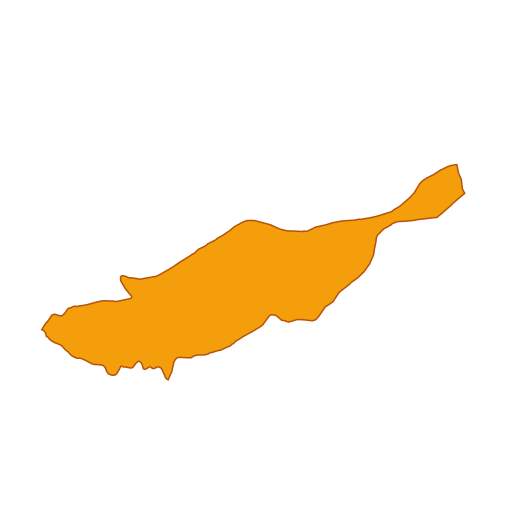 Nuevo Progreso, San Marcos, Guatemala (Robinson projection), rotated 27°
{"feature_id": "79465075B31379081578596", "entity_name": "Nuevo Progreso", "entity_type": "district", "adm_level": 2, "iso_a3": "GTM", "parent_name": "Guatemala", "parent_adm1": "San Marcos", "projection": "robinson", "projection_center": [-91.918, 14.815], "detail": "fine", "context": "isolated", "style": "filled", "palette": "amber", "viewbox_px": 512, "rotation_deg": 27, "n_neighbors": 0, "source": "geoboundaries", "source_scale": "gbopen_adm2", "svg_char_len": 3711}
<svg xmlns="http://www.w3.org/2000/svg" viewBox="0 0 512 512"><g transform="rotate(27 256 256)"><path d="M233.9,406.3L233.4,396.8L232.6,394.2L231.0,387.6L231.1,385.0L231.7,383.1L232.5,381.9L233.8,381.1L237.0,379.6L242.8,377.0L244.3,376.2L246.4,372.8L248.7,370.9L255.9,366.9L258.2,364.6L259.1,362.7L260.4,362.2L264.2,358.3L267.1,356.1L270.6,351.7L274.0,347.6L274.6,345.4L275.5,344.6L276.7,341.0L279.2,337.0L281.1,333.6L286.3,326.0L287.2,324.7L291.6,317.6L293.2,314.6L294.0,309.6L295.1,303.0L296.3,301.4L300.3,299.9L304.3,300.6L307.8,301.6L310.2,300.9L315.0,300.1L321.6,293.9L326.7,291.5L330.8,289.9L335.7,288.1L338.1,285.7L339.4,281.1L340.8,269.8L343.3,265.7L345.4,261.6L346.5,251.1L347.6,248.4L352.3,238.4L352.6,236.6L354.3,233.7L356.5,229.3L359.4,221.0L360.8,211.5L360.3,202.3L359.8,200.2L358.4,196.2L356.7,190.0L355.9,187.4L355.1,185.6L354.8,183.3L355.0,181.2L355.5,180.3L356.7,176.1L358.0,172.9L359.7,170.9L362.3,166.7L362.7,165.3L366.4,161.2L374.6,156.4L380.2,152.8L383.0,150.6L384.9,149.2L387.6,147.5L396.8,141.3L399.2,139.9L400.1,138.8L400.5,137.5L402.4,133.3L403.0,131.6L406.6,122.8L407.5,119.9L409.4,115.1L413.5,105.4L409.3,102.4L404.1,94.5L398.6,90.0L393.5,83.4L389.3,86.3L386.0,89.5L382.1,94.9L381.3,95.7L376.9,103.5L375.9,104.6L372.9,108.8L370.5,112.9L369.1,116.8L368.3,127.9L367.0,132.5L366.8,133.3L361.8,145.9L360.9,147.5L358.3,151.4L356.6,155.0L344.9,166.4L339.7,170.6L332.0,176.3L330.9,176.4L330.0,177.4L326.3,180.1L321.7,182.7L317.0,185.6L314.0,187.8L309.4,191.4L304.1,196.5L296.0,203.2L292.2,208.3L290.9,209.9L289.3,211.6L287.6,211.8L286.1,213.2L276.7,217.3L275.8,217.9L274.8,218.4L272.9,219.1L272.0,219.6L265.0,221.2L254.7,221.6L251.0,222.4L238.4,225.1L232.2,228.3L229.5,230.9L223.3,239.9L221.3,244.8L218.0,250.9L216.3,253.8L213.6,257.7L212.7,260.0L207.6,266.9L206.6,269.7L202.1,275.5L200.7,278.8L199.6,282.2L198.6,283.0L197.1,285.9L193.6,291.7L191.3,295.3L187.4,302.7L184.1,308.1L183.3,309.2L178.8,316.1L176.3,319.4L172.0,322.6L162.8,329.6L159.9,330.3L155.5,331.8L152.3,333.2L149.2,333.2L145.5,334.3L144.8,336.1L146.4,339.2L148.1,340.5L154.7,344.6L161.0,347.4L163.0,348.0L164.1,349.3L163.7,350.6L161.0,352.9L152.2,360.0L149.3,361.0L141.7,364.5L138.6,366.3L133.2,370.9L127.6,376.1L124.1,378.7L123.2,379.3L119.7,381.9L118.8,382.6L117.2,383.0L115.2,385.0L114.4,386.4L112.5,387.8L111.6,393.7L110.2,397.5L107.2,398.6L103.1,399.2L101.0,401.3L99.9,409.5L99.3,410.5L98.5,418.9L99.4,418.8L100.2,418.8L101.8,419.2L102.6,419.6L103.8,420.5L104.7,421.5L105.8,422.8L107.0,422.7L108.3,423.1L109.6,423.8L110.6,424.1L111.9,424.4L115.8,424.6L120.5,424.1L122.5,424.1L123.8,424.2L124.6,424.5L125.8,425.0L127.8,425.8L128.9,426.1L130.2,426.4L131.0,426.5L132.2,426.8L133.7,427.4L135.0,427.8L136.1,428.2L137.4,428.5L139.6,428.6L141.6,428.6L143.0,428.3L144.7,427.3L146.1,426.8L147.6,426.6L150.5,426.4L153.7,426.4L156.1,426.5L158.4,426.5L160.2,426.3L162.4,425.6L163.3,425.1L166.3,423.8L167.1,423.5L168.3,423.1L169.6,422.9L171.8,423.6L173.0,424.5L174.3,425.7L175.3,426.6L176.0,427.0L176.9,427.5L178.0,427.9L178.9,428.0L180.2,427.9L181.6,427.6L182.7,427.2L183.6,426.6L184.8,425.6L185.3,423.9L185.7,419.0L185.6,417.7L185.6,416.5L185.6,415.6L186.8,415.1L187.6,415.2L191.0,413.9L193.2,413.3L195.2,412.7L195.9,412.3L196.7,411.2L197.1,410.0L197.3,408.7L197.5,407.2L197.9,405.7L198.2,404.6L198.5,403.8L199.3,403.0L200.6,402.9L201.6,403.1L202.9,403.7L204.5,405.1L205.7,406.4L206.3,407.1L206.9,407.6L208.0,407.6L209.2,406.7L210.1,405.4L210.7,404.0L211.7,402.8L212.5,402.7L214.0,403.1L215.4,403.1L216.6,402.2L217.4,401.2L218.1,399.9L219.2,399.2L220.7,398.9L221.7,398.8L223.1,399.4L224.8,400.7L228.0,403.2L229.4,404.4L230.1,405.1L231.1,405.7L232.1,406.0L233.9,406.3Z" fill="#f59e0b" stroke="#b45309" stroke-width="1.5"/></g></svg>